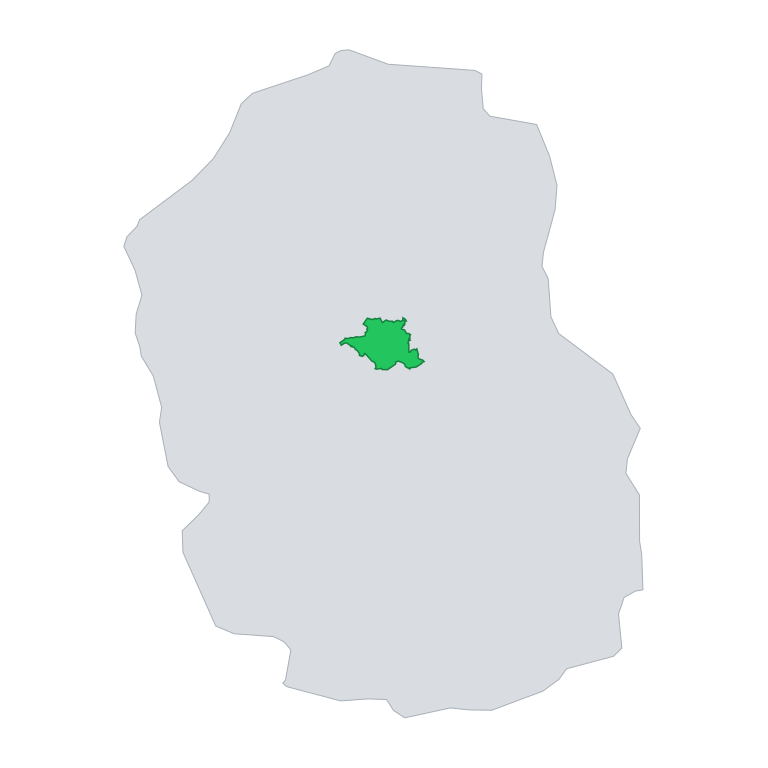 location of Gradsko, Gradsko, North Macedonia, rotated 271°
{"feature_id": "65306769B37555850097023", "entity_name": "Gradsko", "entity_type": "district", "adm_level": 2, "iso_a3": "MKD", "parent_name": "North Macedonia", "parent_adm1": "Gradsko", "projection": "albers", "projection_center": [21.883, 41.613], "detail": "fine", "context": "in_parent", "style": "filled", "palette": "green", "viewbox_px": 768, "rotation_deg": 271, "n_neighbors": 0, "source": "geoboundaries", "source_scale": "gbopen_adm2", "svg_char_len": 2476}
<svg xmlns="http://www.w3.org/2000/svg" viewBox="0 0 768 768"><g transform="rotate(271 384 384)"><path d="M342.4,160.2L356.8,162.1L388.0,153.2L407.5,140.9L417.4,139.1L430.6,134.3L449.5,135.0L468.7,140.4L493.1,133.2L517.1,121.5L526.7,124.4L537.2,134.2L544.0,136.8L584.2,188.5L606.2,209.3L632.1,225.1L661.7,236.4L672.4,247.5L691.8,302.5L701.1,323.4L713.7,329.5L716.8,335.5L717.4,343.5L703.8,382.5L699.1,469.5L695.6,476.5L680.8,476.3L661.1,478.4L653.6,485.2L646.1,532.1L614.4,545.7L585.6,553.5L561.2,552.0L518.3,541.1L504.3,539.9L492.3,546.3L454.1,549.7L437.4,557.9L397.9,612.7L357.8,631.4L344.1,641.0L313.5,628.7L298.9,627.4L277.6,641.3L231.1,642.3L218.6,644.6L182.7,646.5L181.3,638.9L174.8,627.8L158.2,622.5L124.1,626.4L115.8,618.3L102.5,571.6L91.7,564.0L79.7,548.2L59.7,497.4L59.6,475.2L61.3,456.0L50.6,410.5L57.8,399.2L68.5,392.1L68.9,373.9L66.4,346.1L79.7,292.0L83.2,288.1L86.3,290.7L116.5,295.5L124.4,288.7L129.5,278.1L131.7,238.3L139.1,220.0L212.3,185.9L233.7,184.8L250.0,201.0L263.0,211.3L270.8,211.1L273.7,200.8L282.7,180.9L297.7,169.6L342.0,160.1L342.4,160.2Z" fill="#d9dde1" stroke="#a8b0b8" stroke-width="1"/><path d="M398.4,381.9L398.4,387.3L404.1,395.2L406.3,395.4L407.1,398.0L405.5,402.6L404.0,404.4L401.7,405.2L400.1,408.3L400.4,409.0L399.5,409.5L400.7,410.0L401.5,415.9L405.2,421.3L406.3,421.6L407.1,423.7L408.6,422.3L409.7,418.4L411.4,417.3L413.8,417.9L419.7,416.2L418.6,414.9L419.4,413.7L418.1,410.5L416.4,409.8L416.3,408.3L424.7,408.1L425.4,407.1L426.5,407.9L428.1,407.8L428.2,409.1L429.5,407.9L430.4,408.5L430.0,409.1L432.7,409.0L433.7,409.7L434.9,408.0L434.9,405.6L438.4,403.6L439.1,400.6L440.2,400.4L441.5,401.9L442.9,401.8L442.8,402.8L443.7,402.8L443.6,403.5L445.1,403.9L447.4,403.4L447.4,405.2L449.0,404.3L450.5,401.8L448.1,401.7L446.7,399.2L447.8,397.4L447.7,395.7L445.7,392.3L447.0,391.2L446.7,388.7L448.0,385.0L445.4,381.3L449.8,378.9L448.8,374.9L449.4,373.9L448.2,371.4L449.5,366.2L443.6,362.2L441.1,366.0L439.7,366.7L438.6,365.8L437.5,366.5L436.5,366.1L434.9,364.2L434.3,364.7L431.8,364.2L430.5,358.9L430.7,354.9L429.7,352.8L429.8,349.7L428.8,347.2L429.1,344.3L427.9,343.9L424.5,339.2L422.0,340.6L424.1,343.7L424.5,345.7L421.8,349.9L420.9,350.2L421.4,351.2L420.6,351.5L420.1,353.7L418.1,354.7L416.7,357.0L414.6,358.4L413.2,359.2L412.2,358.9L411.2,361.7L412.1,363.3L414.3,364.2L414.0,364.8L406.7,371.5L405.4,374.3L402.8,375.4L400.1,375.6L399.2,374.9L398.7,376.0L399.5,381.2L398.4,381.9Z" fill="#22c55e" stroke="#15803d" stroke-width="1.5"/></g></svg>